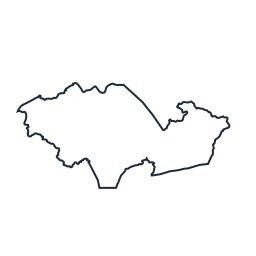 outline of Colomoncagua, Intibucá, Honduras, rotated 68°
{"feature_id": "27666195B91470082357426", "entity_name": "Colomoncagua", "entity_type": "district", "adm_level": 2, "iso_a3": "HND", "parent_name": "Honduras", "parent_adm1": "Intibucá", "projection": "natural_earth1", "projection_center": [-88.292, 13.988], "detail": "fine", "context": "isolated", "style": "outline", "palette": "slate", "viewbox_px": 256, "rotation_deg": 68, "n_neighbors": 0, "source": "geoboundaries", "source_scale": "gbopen_adm2", "svg_char_len": 5817}
<svg xmlns="http://www.w3.org/2000/svg" viewBox="0 0 256 256"><g transform="rotate(68 128 128)"><path d="M66.8,159.6L66.5,160.5L66.7,161.4L66.2,162.1L66.5,162.5L67.5,163.0L67.3,164.2L67.3,164.7L67.7,167.3L68.1,168.6L68.2,169.8L68.3,170.7L68.5,171.0L68.8,171.2L69.7,171.1L69.8,171.5L69.5,172.0L69.5,172.5L71.3,173.7L71.6,174.0L71.3,175.6L70.6,176.9L70.7,177.6L70.7,178.3L70.5,179.0L70.5,179.5L72.5,182.1L73.0,183.0L73.1,183.6L73.0,184.2L72.5,184.9L72.3,185.3L72.3,185.8L72.5,187.2L72.3,188.1L71.3,190.0L70.5,192.0L70.4,192.8L70.8,194.4L70.7,194.8L69.2,195.4L68.6,196.5L68.0,197.3L67.1,198.0L66.8,197.9L66.0,197.2L65.5,197.1L65.2,197.2L65.1,197.6L64.8,197.9L64.7,198.1L65.6,199.3L65.7,199.5L65.7,199.8L65.5,200.0L66.1,205.7L66.8,212.0L67.0,215.1L67.4,218.4L68.1,219.8L68.6,220.6L70.3,223.1L71.2,223.9L71.2,222.9L71.3,222.5L72.6,221.1L73.8,220.0L74.0,219.4L74.2,218.1L74.4,217.7L75.0,217.4L76.7,217.2L78.4,217.7L80.5,218.7L81.7,219.5L84.3,222.0L85.1,222.4L85.8,222.5L86.2,222.3L87.8,219.5L88.7,219.9L89.1,219.9L89.5,219.8L89.8,219.9L89.9,220.2L90.0,221.4L90.1,221.7L90.3,221.9L91.6,221.5L92.5,221.5L93.4,221.6L94.4,222.0L94.8,222.4L95.2,223.0L96.2,222.9L97.2,223.4L97.8,223.4L99.0,222.4L99.2,221.9L99.3,221.4L99.3,221.1L98.7,220.1L98.7,218.2L98.3,216.6L98.3,216.0L99.2,214.4L99.8,214.0L100.3,213.4L101.2,211.8L102.6,211.2L103.8,211.1L104.0,211.0L104.2,210.2L104.3,210.1L104.7,210.2L105.2,210.4L106.2,211.4L106.6,211.4L106.9,210.9L107.6,209.1L108.4,208.1L108.8,207.9L110.0,208.2L110.6,207.8L113.6,205.4L113.9,204.8L114.3,203.8L114.8,203.3L115.8,203.0L119.0,202.5L119.7,201.7L120.4,201.2L120.7,200.3L121.0,199.8L121.6,199.8L122.7,200.0L124.0,201.1L124.5,201.8L125.0,202.1L125.8,202.6L126.3,202.5L126.6,202.7L126.8,202.8L127.2,204.2L127.6,204.7L128.2,204.8L129.0,204.7L131.0,203.6L132.4,203.2L132.7,202.8L133.1,201.8L133.5,201.4L134.5,200.8L135.2,200.7L135.7,200.3L136.1,200.3L136.5,200.5L137.6,201.5L137.9,201.5L138.2,201.4L138.7,200.8L139.3,199.9L139.7,199.5L140.2,199.4L140.7,198.7L141.1,198.1L141.6,196.3L142.0,196.1L142.5,196.2L142.8,196.0L143.0,195.7L143.0,194.6L142.9,194.1L141.6,193.1L141.3,192.5L141.2,191.7L140.3,190.8L140.2,190.5L140.2,189.6L140.4,189.1L140.8,188.9L141.5,188.7L142.0,188.4L142.6,187.9L142.7,187.5L142.5,187.0L142.3,186.7L141.8,186.5L141.4,185.9L141.1,184.7L141.8,184.6L141.9,184.3L141.7,183.9L140.8,182.8L140.7,182.5L140.9,181.5L140.5,181.2L140.3,180.3L140.6,178.5L140.9,177.9L141.2,177.7L142.2,178.0L142.8,177.9L142.8,177.7L142.7,177.1L143.8,176.8L144.4,176.1L144.7,176.3L145.0,177.3L145.2,177.5L145.4,177.6L146.0,177.2L165.2,175.5L172.8,176.9L179.0,161.6L176.8,159.4L176.4,159.3L175.9,158.8L175.2,157.7L174.8,157.2L173.4,156.2L172.5,155.2L171.7,154.5L169.8,152.6L169.1,151.6L168.1,149.3L167.3,147.8L166.8,146.9L166.6,146.6L165.3,145.8L165.2,145.3L165.2,144.6L165.8,143.2L165.8,142.9L165.2,141.2L165.2,139.9L165.1,138.6L165.5,137.1L165.2,135.6L165.5,134.6L165.7,134.3L166.1,132.1L165.7,131.6L165.6,130.9L165.9,130.4L166.6,129.6L166.6,128.7L166.4,127.7L166.0,127.3L165.5,127.1L165.1,127.1L164.5,127.5L164.2,127.5L163.9,127.1L163.7,126.5L163.7,126.1L163.9,124.8L163.9,123.3L163.7,122.6L163.3,122.1L164.1,122.1L164.9,122.3L165.2,122.1L165.9,121.3L166.3,121.2L167.9,121.1L168.1,120.8L168.7,118.7L169.7,117.3L170.2,117.0L170.4,117.0L170.5,117.1L170.8,118.0L171.2,118.5L171.5,118.5L172.4,118.2L173.4,118.0L174.4,118.0L174.8,118.3L176.0,119.3L176.6,119.6L178.3,120.7L178.7,121.1L179.4,122.7L180.0,123.7L180.3,123.8L181.0,123.7L182.9,115.6L183.9,104.9L185.6,98.7L186.3,95.2L186.8,91.0L187.9,87.8L189.0,75.6L191.3,67.3L184.7,60.3L184.5,59.6L184.0,59.0L183.1,58.7L181.7,58.1L180.6,57.9L179.7,57.2L179.1,56.2L178.6,56.0L177.3,55.7L176.6,55.7L175.9,55.8L175.6,55.7L175.3,55.3L174.6,53.6L173.5,52.9L173.1,52.4L171.6,51.6L171.3,50.8L171.1,49.3L170.2,46.4L167.7,43.8L166.2,42.4L166.0,41.5L166.2,40.8L165.1,40.0L165.1,37.4L165.3,36.7L165.3,35.6L165.2,35.0L165.0,34.5L165.1,34.2L164.7,33.7L163.9,33.2L162.9,33.0L159.4,33.9L158.8,33.9L158.1,33.6L157.4,32.7L156.6,32.2L156.0,32.1L155.5,32.3L154.9,33.0L154.5,34.3L154.0,35.0L153.9,35.1L153.2,35.3L152.9,35.5L152.7,39.5L152.3,40.9L151.7,41.7L150.5,42.1L149.6,42.8L149.3,43.8L149.0,45.2L148.8,45.6L148.5,45.8L145.4,45.8L144.6,45.9L143.8,46.4L143.6,47.1L143.4,47.3L140.9,48.4L140.5,49.3L139.6,50.4L138.1,51.6L137.4,53.1L135.7,55.3L135.6,55.8L135.8,56.6L135.6,57.0L135.1,57.3L133.8,57.5L132.4,58.1L131.5,58.0L130.9,57.6L129.9,57.8L129.1,58.5L128.3,58.8L127.1,59.6L126.9,62.7L126.2,64.1L125.3,65.4L124.8,67.0L124.7,67.9L125.4,68.5L125.6,69.1L125.6,69.6L125.4,70.5L124.4,71.5L124.5,71.8L124.8,71.8L125.0,71.9L125.4,72.8L126.1,73.3L126.3,74.0L126.7,74.4L127.1,74.5L127.6,74.3L128.0,73.9L128.2,73.2L131.2,71.2L132.1,71.1L133.4,71.6L133.9,71.6L134.2,71.5L134.4,71.1L134.5,70.3L134.4,67.9L134.7,67.4L135.3,67.2L135.8,67.3L136.2,67.6L136.8,68.4L137.2,69.4L137.4,71.0L137.7,71.8L138.7,72.4L139.4,73.1L140.4,73.9L140.9,74.2L141.3,74.7L141.4,74.9L141.3,75.6L140.8,77.9L140.6,78.2L139.8,79.0L139.6,79.3L140.1,81.0L140.0,81.6L138.6,83.0L138.3,83.6L138.1,84.5L137.9,84.9L137.1,85.4L136.1,85.5L135.9,85.7L135.8,86.1L136.0,86.5L136.6,87.1L138.2,87.4L139.0,87.7L139.8,88.9L141.2,91.2L142.4,91.9L142.6,92.4L143.2,94.7L143.4,95.2L143.3,95.8L143.1,96.2L124.8,100.3L113.0,103.8L109.8,104.7L86.4,115.9L86.2,116.6L85.6,117.8L85.5,118.5L84.9,119.5L84.5,120.6L84.6,121.1L84.5,121.3L82.6,124.2L82.2,124.6L81.7,124.8L81.3,125.3L81.1,125.9L80.9,127.6L81.3,130.5L81.5,131.4L81.9,132.2L82.3,132.8L83.2,133.7L85.1,135.0L85.7,135.7L86.0,136.2L86.2,136.8L86.3,137.3L86.1,137.8L85.5,139.1L84.5,140.1L83.7,140.7L82.7,141.1L79.4,141.8L77.4,142.5L77.1,142.8L77.0,143.2L77.1,143.7L77.8,146.0L78.3,147.4L78.5,148.1L78.3,149.7L77.6,152.6L78.2,154.9L78.2,155.4L77.9,155.8L77.4,156.2L76.1,156.6L74.7,156.6L73.0,157.0L69.4,158.0L67.5,158.9L66.8,159.6Z" fill="none" stroke="#1e293b" stroke-width="2"/></g></svg>